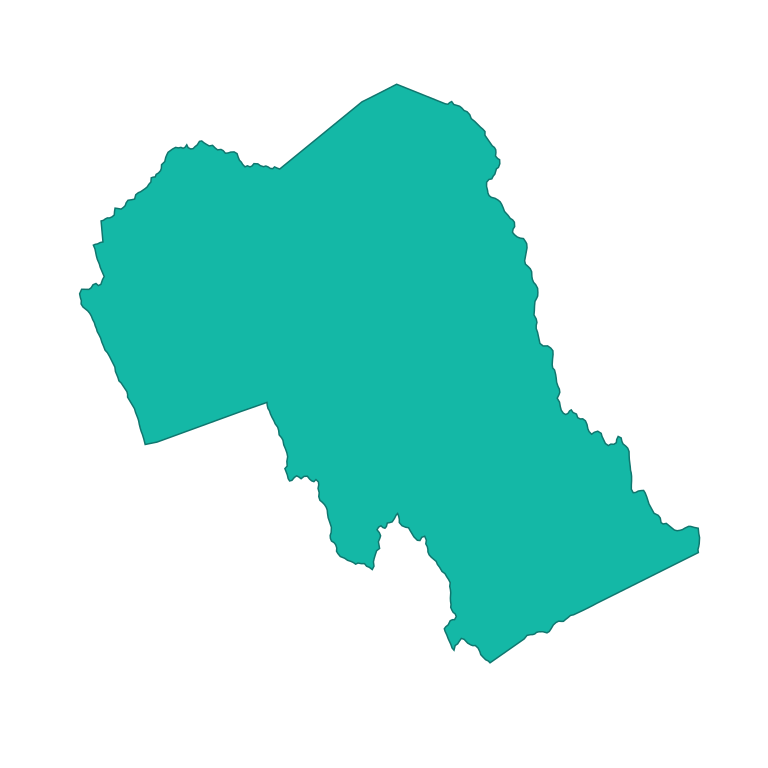 Oliveira dos Brejinhos, Bahia, Brazil, rotated 170°
{"feature_id": "56859067B61513523876445", "entity_name": "Oliveira dos Brejinhos", "entity_type": "district", "adm_level": 2, "iso_a3": "BRA", "parent_name": "Brazil", "parent_adm1": "Bahia", "projection": "equal_earth", "projection_center": [-42.732, -12.256], "detail": "fine", "context": "isolated", "style": "filled", "palette": "teal", "viewbox_px": 768, "rotation_deg": 170, "n_neighbors": 0, "source": "geoboundaries", "source_scale": "gbopen_adm2", "svg_char_len": 6141}
<svg xmlns="http://www.w3.org/2000/svg" viewBox="0 0 768 768"><g transform="rotate(170 384 384)"><path d="M449.4,613.8L451.6,615.1L454.1,616.8L456.2,615.4L458.6,616.1L460.4,617.9L462.5,619.2L464.9,618.9L467.9,620.5L470.0,622.7L473.8,623.6L476.2,621.6L478.3,621.1L480.6,622.6L483.2,622.0L485.1,624.9L486.0,627.3L487.5,629.5L488.2,632.7L488.7,636.4L491.3,638.6L494.7,639.0L497.2,638.6L500.1,638.8L501.8,641.7L503.8,643.3L507.3,643.5L509.3,645.8L511.4,648.8L514.8,648.8L517.3,650.9L519.4,652.8L521.3,655.0L523.6,655.0L526.4,651.9L529.0,650.5L531.0,649.0L533.5,649.0L535.9,650.8L536.7,653.8L538.9,651.6L540.9,651.0L542.9,652.3L545.5,652.2L548.1,653.2L551.5,652.1L556.4,649.7L557.9,647.7L559.6,645.1L561.3,641.1L565.0,638.6L565.8,635.1L567.0,632.9L569.4,631.0L572.0,630.0L573.3,627.7L575.3,627.8L577.4,627.5L578.5,623.4L580.9,621.5L583.0,619.2L585.3,617.9L590.3,615.6L592.7,615.1L595.6,613.5L597.5,609.4L600.6,609.3L604.2,609.4L606.4,607.3L607.9,604.6L609.9,603.2L612.5,601.9L616.1,603.2L618.3,603.9L619.4,600.8L620.3,597.3L622.9,595.8L625.5,595.2L627.6,595.6L630.0,594.9L631.9,593.9L634.3,593.7L636.1,572.7L638.9,572.6L641.8,571.7L644.2,571.7L646.1,571.2L645.2,567.3L645.0,560.1L644.7,556.7L643.5,551.6L643.2,548.2L640.9,538.4L643.0,535.8L645.5,531.3L648.2,530.5L650.2,533.0L653.3,532.3L655.6,529.7L658.1,528.4L665.3,529.8L668.1,525.7L668.0,521.6L667.6,518.7L668.4,515.4L667.1,512.1L663.1,507.5L661.5,504.7L660.4,501.6L659.7,498.0L658.6,494.7L658.3,491.5L657.6,488.5L657.3,485.4L656.2,482.2L655.1,478.4L654.6,474.2L653.6,469.8L652.8,465.7L651.0,462.9L649.7,459.4L648.5,455.4L646.1,447.4L646.3,442.9L644.9,436.6L644.5,433.1L642.7,430.7L638.5,421.1L638.3,418.2L638.8,415.6L634.0,403.0L633.6,399.2L632.3,392.7L632.0,390.0L632.0,386.8L631.7,382.6L631.3,379.3L630.7,376.4L630.1,371.5L629.7,365.9L617.6,366.2L530.1,381.7L502.5,386.2L502.7,383.0L502.5,380.0L501.5,377.6L501.0,374.1L500.1,370.7L498.8,366.8L498.1,363.7L496.2,359.9L495.8,356.4L496.1,352.1L494.2,348.8L493.3,346.2L493.3,341.5L492.3,337.2L491.6,333.1L491.5,329.1L493.1,324.7L493.6,320.0L496.3,317.9L495.7,314.9L495.0,311.2L494.8,307.4L493.8,304.9L491.4,305.1L488.4,307.6L486.0,308.7L484.2,307.4L482.1,305.1L478.8,306.9L475.5,306.5L473.8,303.3L472.1,301.2L470.0,300.0L467.6,301.7L465.6,299.0L465.8,296.0L467.1,292.6L466.7,288.2L467.8,284.4L467.3,280.6L465.3,278.2L463.5,275.5L462.3,272.5L461.8,269.7L462.1,266.4L462.2,262.0L461.5,257.6L460.7,252.0L461.8,247.0L463.3,244.2L463.6,241.3L463.0,238.5L460.7,236.4L459.5,234.1L459.0,230.7L459.8,227.5L458.9,225.1L457.0,221.7L453.0,219.2L450.5,216.7L447.5,215.1L445.2,213.5L443.2,211.5L440.7,212.2L437.5,211.0L434.4,210.5L432.8,207.6L430.3,206.0L427.8,203.3L425.5,206.3L425.3,210.7L424.0,213.8L422.3,217.2L420.2,221.1L416.9,222.8L416.9,229.6L415.0,232.6L413.7,235.1L414.4,238.4L416.2,241.7L414.1,244.0L411.6,244.9L410.1,242.9L408.1,241.8L406.4,243.2L404.9,246.5L402.6,246.5L399.9,246.8L397.1,249.7L394.8,252.8L393.1,254.1L392.5,251.1L392.4,248.2L393.0,244.9L390.9,241.3L387.6,239.2L384.8,238.2L383.6,234.8L381.1,228.3L378.3,224.3L375.8,223.6L373.4,226.5L370.4,227.0L369.4,222.9L370.6,219.3L369.6,216.3L369.5,213.5L369.9,211.0L369.2,207.9L367.6,205.3L363.4,200.2L362.7,197.0L361.1,193.9L359.4,189.3L356.9,186.7L355.6,183.1L354.4,180.4L353.3,176.8L354.4,173.3L354.3,170.1L354.5,167.0L355.8,161.6L356.2,158.5L356.3,155.2L357.1,152.4L356.4,149.5L355.5,147.0L353.9,145.4L353.2,142.5L355.4,139.7L357.6,140.0L359.9,139.4L362.6,135.7L365.3,134.2L367.1,132.5L366.8,129.9L365.7,125.8L365.0,122.0L363.4,116.0L362.8,112.2L361.3,109.7L359.3,114.1L356.6,115.3L354.4,117.7L352.0,120.0L349.4,118.6L346.6,114.3L343.7,111.9L341.9,110.9L339.5,110.6L337.2,107.6L336.1,103.8L335.7,100.6L333.7,97.5L331.8,94.8L329.4,93.1L328.0,91.0L290.2,108.6L286.8,111.6L283.3,111.7L280.9,111.4L278.9,111.7L276.9,112.9L274.4,113.1L270.4,112.4L266.7,110.6L264.2,111.6L261.8,114.1L259.1,117.3L256.1,119.2L253.2,120.1L250.9,119.5L248.5,119.1L246.0,120.6L243.7,121.8L240.5,123.7L237.4,123.8L226.7,126.7L217.0,129.6L212.5,131.1L103.7,163.4L103.6,166.4L102.3,169.2L101.3,172.0L99.9,177.9L100.0,182.1L99.6,187.4L103.4,188.9L106.7,190.5L108.7,190.9L112.8,189.8L115.3,188.8L117.9,188.5L120.8,188.6L123.3,189.7L130.2,197.7L133.4,197.7L135.2,199.3L135.2,204.0L136.7,207.0L140.5,209.8L143.9,219.9L144.8,226.9L145.7,231.4L146.8,234.1L149.4,234.4L152.3,234.4L154.8,233.5L157.4,233.6L158.7,237.4L157.9,241.8L157.0,245.6L156.2,250.2L156.0,253.5L156.2,256.3L155.9,259.4L155.5,267.0L155.0,271.1L154.4,274.9L155.1,278.4L156.5,280.6L159.0,283.5L159.7,286.3L159.8,289.7L162.5,291.7L164.5,288.9L165.4,285.9L168.0,284.7L171.1,285.4L173.8,284.4L176.3,287.0L178.4,294.6L178.7,297.7L181.7,300.4L185.3,299.9L188.3,298.5L190.3,301.5L191.0,304.4L191.1,308.9L192.0,312.7L194.3,315.2L196.8,315.5L199.1,317.2L199.7,321.0L202.8,323.1L204.1,326.0L205.9,325.3L207.9,323.1L210.3,322.4L212.4,324.0L214.0,327.4L214.3,331.2L214.3,335.7L215.9,339.9L213.6,343.0L212.3,345.3L212.2,348.5L213.1,351.6L213.7,355.7L213.4,359.8L213.3,363.5L213.6,368.1L215.1,370.6L215.0,373.8L213.7,379.2L212.4,383.7L211.9,387.4L213.5,390.4L216.2,393.1L220.7,393.8L223.4,396.9L223.8,408.3L224.5,412.2L223.9,415.4L222.7,418.1L222.8,421.6L224.3,426.0L223.2,430.1L222.2,434.7L221.0,439.1L219.0,441.6L217.4,443.9L216.6,447.3L216.1,451.6L217.4,455.6L219.0,458.1L219.7,461.3L219.7,464.1L219.1,468.9L219.9,472.0L221.4,474.3L223.9,477.5L224.1,480.9L219.5,493.3L219.1,497.3L219.9,499.7L221.4,503.0L224.5,504.0L227.2,505.6L229.6,508.4L231.1,511.1L230.0,514.1L228.0,516.3L227.5,520.7L228.8,523.3L230.9,525.2L232.5,528.5L234.1,531.0L235.4,533.1L236.0,536.6L236.9,540.4L238.0,543.3L239.7,545.3L242.4,547.6L245.9,549.2L247.8,551.3L248.5,554.0L248.4,556.8L248.7,560.8L247.9,564.9L245.2,567.2L242.2,567.3L240.4,569.7L238.4,571.4L235.9,576.4L233.7,577.4L231.7,580.8L231.2,584.8L232.9,586.3L234.6,589.1L233.6,592.5L233.3,595.3L234.2,597.8L236.0,599.7L241.4,611.4L240.7,615.1L242.4,617.8L244.4,620.2L249.1,626.9L252.0,630.2L252.8,634.4L254.9,637.7L257.6,639.4L259.5,642.4L261.3,644.4L263.6,645.6L266.7,647.1L268.3,650.4L270.5,649.7L272.5,648.4L275.0,649.3L319.5,677.0L342.3,670.0L356.7,665.7L449.4,613.8Z" fill="#14b8a6" stroke="#0f766e" stroke-width="1.5"/></g></svg>